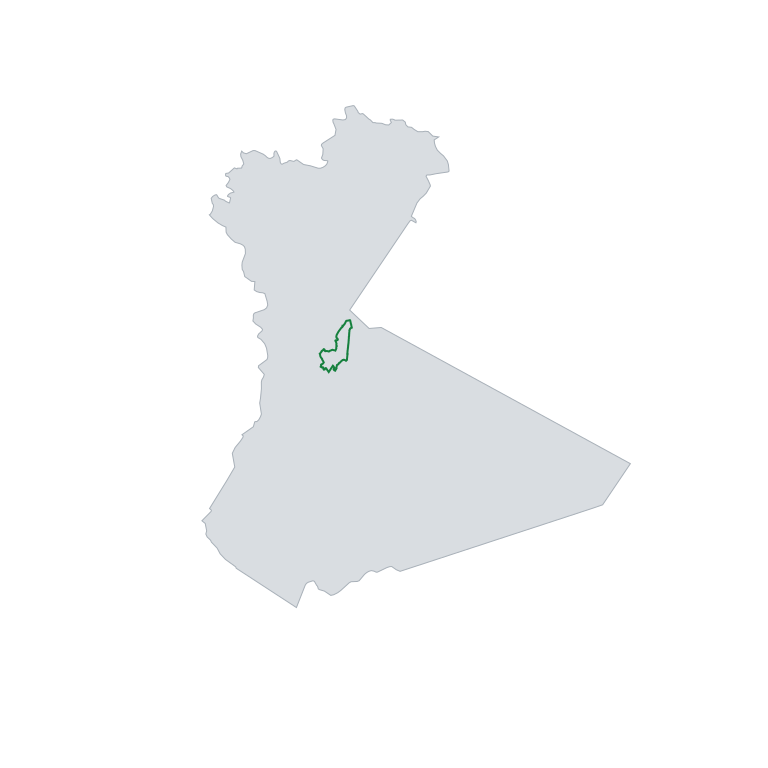 Niafunke, Timbuktu, Mali shown in context, rotated 124°
{"feature_id": "8926073B8185774675652", "entity_name": "Niafunke", "entity_type": "district", "adm_level": 2, "iso_a3": "MLI", "parent_name": "Mali", "parent_adm1": "Timbuktu", "projection": "natural_earth1", "projection_center": [-4.268, 15.872], "detail": "fine", "context": "in_parent", "style": "outline", "palette": "green", "viewbox_px": 768, "rotation_deg": 124, "n_neighbors": 0, "source": "geoboundaries", "source_scale": "gbopen_adm2", "svg_char_len": 8172}
<svg xmlns="http://www.w3.org/2000/svg" viewBox="0 0 768 768"><g transform="rotate(124 384 384)"><path d="M173.4,557.2L173.6,554.7L171.8,553.0L171.7,552.1L172.8,544.8L172.7,542.9L173.5,539.3L172.3,537.6L172.0,536.4L169.1,531.6L168.2,527.6L166.6,524.9L163.1,524.1L161.8,526.4L161.0,526.8L159.7,525.1L159.2,523.7L159.2,522.5L154.7,516.1L155.0,512.8L156.8,511.0L157.5,508.0L155.8,504.7L156.1,501.5L155.9,497.0L153.2,493.0L151.5,491.3L150.0,488.5L151.2,482.2L148.6,476.8L153.6,478.9L156.0,476.9L158.3,474.2L160.3,470.6L161.2,466.1L161.6,462.2L163.7,456.2L166.1,453.3L171.1,449.1L172.4,449.5L180.5,458.4L185.1,462.9L186.7,465.3L188.2,465.4L190.6,461.0L193.0,457.2L194.0,456.2L202.1,455.7L206.4,456.5L210.2,457.6L215.5,457.9L229.7,455.1L229.9,453.3L229.7,451.2L230.3,449.5L231.5,448.0L232.5,447.7L232.9,452.8L234.0,453.6L237.4,453.8L341.9,453.8L346.3,427.4L338.7,417.9L312.3,135.2L361.9,135.2L370.4,141.6L530.3,265.9L531.1,269.9L531.0,275.5L532.2,277.1L534.5,278.9L543.6,284.2L544.4,285.3L544.7,287.5L545.8,290.2L547.8,291.8L550.0,292.9L552.7,293.7L561.0,294.6L562.7,295.8L566.3,300.7L568.3,301.7L579.4,304.4L583.0,305.7L586.9,307.9L589.0,309.9L589.0,317.6L590.6,322.6L590.6,323.9L588.9,325.9L588.5,327.4L586.5,331.4L586.9,332.9L590.8,336.0L592.7,336.8L594.9,336.8L618.3,331.6L619.4,403.5L618.5,404.7L618.1,417.4L616.4,424.9L613.4,430.5L611.6,438.7L610.5,440.4L609.7,445.1L608.0,447.8L604.9,448.9L599.6,454.2L599.2,458.5L586.5,456.1L585.6,456.2L585.1,456.7L584.8,459.0L552.2,460.3L536.3,461.3L526.3,471.0L519.8,471.9L511.6,471.1L507.4,471.1L505.8,471.6L505.5,473.4L492.5,468.4L487.7,470.0L486.9,469.4L486.3,468.4L483.9,467.8L480.2,468.1L477.5,468.8L469.3,476.4L464.9,478.4L456.6,482.9L450.9,486.8L448.8,487.6L445.6,487.8L443.0,488.6L440.6,497.4L439.0,498.2L429.1,494.7L427.2,495.2L425.5,496.2L420.0,501.4L417.3,505.5L415.8,511.0L416.0,514.6L415.1,515.6L412.6,515.9L408.0,514.8L406.6,515.3L405.9,518.0L406.0,523.9L405.1,527.9L402.3,529.2L400.2,530.7L398.6,531.2L397.2,530.8L389.3,524.8L386.6,523.9L383.6,524.5L380.8,527.1L375.7,533.3L376.2,535.6L377.6,538.1L378.6,541.3L378.6,544.2L371.3,548.3L373.0,551.3L372.8,559.5L369.4,563.2L368.3,565.6L365.0,568.2L362.2,569.7L353.4,571.8L349.8,574.4L348.2,576.5L347.8,578.8L348.1,581.4L349.8,586.7L349.2,591.6L347.8,597.3L346.4,599.8L342.3,602.8L343.0,606.5L343.3,611.8L342.6,618.7L341.4,623.4L340.4,622.9L336.5,623.1L332.2,624.6L330.7,625.8L330.3,627.3L326.7,631.1L324.3,630.9L322.0,629.9L320.8,628.9L320.8,628.3L322.2,625.3L322.2,624.2L320.8,619.0L321.1,617.6L320.5,613.6L320.2,613.4L315.5,615.2L315.3,615.9L316.0,618.5L315.5,618.9L313.8,618.9L311.5,618.0L308.9,615.7L308.3,616.4L308.0,618.3L307.8,620.5L308.5,624.5L307.8,625.9L303.8,625.7L300.4,626.2L299.6,627.6L299.2,629.2L300.0,631.0L299.9,631.7L298.5,632.8L297.8,632.8L296.0,630.8L288.5,628.9L287.9,626.2L287.1,626.2L284.7,622.9L283.7,623.0L282.8,623.5L280.0,623.3L277.5,626.2L275.6,629.7L273.6,631.4L270.5,632.2L271.0,629.9L270.1,626.9L263.6,623.0L262.6,621.4L261.0,612.6L261.1,610.0L261.5,607.7L261.4,605.9L260.7,604.5L258.7,603.2L256.7,602.6L254.2,604.3L253.0,604.6L251.8,604.5L251.2,603.9L251.3,603.0L254.1,598.3L255.4,596.3L258.2,594.0L258.9,592.8L259.0,591.9L258.7,591.3L256.9,590.4L254.1,588.2L252.6,588.0L251.3,587.0L250.0,583.5L249.4,582.9L248.1,582.5L246.9,581.7L247.0,573.4L244.3,567.1L241.9,559.2L240.6,557.3L238.4,555.7L235.7,554.6L233.3,554.4L230.6,555.2L230.6,556.0L232.1,558.5L232.4,559.9L232.1,561.3L231.6,562.2L227.9,563.1L223.0,566.0L221.3,569.3L220.2,569.8L218.3,569.3L205.3,563.7L199.8,566.1L196.3,571.1L195.4,572.7L193.7,574.1L192.8,574.1L191.8,573.2L188.1,565.7L186.4,563.9L184.4,563.8L182.6,565.0L180.8,567.6L178.5,569.9L177.0,570.6L175.7,570.2L170.4,565.2L170.1,564.1L172.6,558.1L173.4,557.2Z" fill="#d9dde1" stroke="#a8b0b8" stroke-width="1"/><path d="M405.1,441.3L404.1,441.5L403.5,441.3L403.3,440.8L403.7,439.9L405.0,436.5L397.4,436.6L397.5,436.0L397.6,435.9L398.0,435.5L398.0,435.3L398.0,435.2L398.0,434.7L398.1,434.4L398.3,434.2L398.6,434.1L399.1,434.0L399.6,434.1L400.1,433.9L400.2,433.6L400.4,433.0L400.4,432.7L400.4,432.4L400.3,432.2L400.2,431.9L399.9,432.0L399.7,432.2L399.5,432.3L399.3,432.2L399.2,432.2L398.9,432.0L398.7,432.0L397.9,432.1L397.5,432.1L397.1,432.5L396.7,432.8L396.0,433.0L395.1,433.4L394.5,433.6L393.9,433.3L393.7,433.2L393.2,432.8L392.9,432.9L392.4,433.0L392.1,433.0L391.8,433.0L391.4,432.9L391.2,432.6L390.8,432.5L390.6,432.4L390.1,432.4L389.3,432.3L388.7,432.1L388.2,432.0L388.0,431.9L387.9,431.9L387.6,431.8L387.3,431.6L387.2,431.6L387.1,431.4L386.8,431.2L386.6,431.1L386.4,431.0L386.3,430.9L386.2,430.4L386.1,430.1L386.0,429.8L386.0,429.6L386.0,429.3L386.0,428.8L386.0,428.6L385.9,428.6L385.6,428.4L385.3,428.4L385.2,428.3L384.9,428.2L384.7,428.2L384.6,428.3L384.4,428.4L384.2,428.5L383.9,428.7L383.7,428.8L383.4,429.0L383.2,429.1L382.7,429.3L382.4,429.5L382.0,429.7L381.9,429.8L381.7,429.9L381.3,430.1L381.0,430.2L380.9,430.3L380.6,430.5L380.4,430.6L380.2,430.7L380.0,430.9L379.9,430.9L379.9,431.0L379.7,431.1L379.4,431.2L379.4,431.3L379.1,431.3L379.0,431.5L378.8,431.6L378.7,431.6L378.5,431.8L378.4,431.9L378.1,432.1L377.7,432.3L377.4,432.4L376.9,432.8L376.6,432.9L376.3,433.0L376.1,433.1L375.7,433.3L375.4,433.5L375.2,433.6L374.9,433.8L374.7,433.8L374.4,434.0L374.0,434.2L373.7,434.4L373.6,434.5L373.3,434.5L373.2,434.6L372.9,434.8L372.7,434.9L372.5,435.0L372.3,435.2L372.2,435.2L371.9,435.3L371.6,435.4L371.5,435.6L371.2,435.7L370.8,435.9L370.6,436.0L370.3,436.2L370.1,436.3L369.9,436.3L369.6,436.5L369.3,436.7L369.1,436.8L368.8,437.0L368.6,437.1L368.4,437.2L368.3,437.3L368.1,437.4L367.9,437.5L367.6,437.7L367.4,437.7L367.3,437.8L367.2,437.9L366.8,438.1L366.6,438.3L366.1,438.5L365.7,438.7L365.4,439.0L365.0,439.2L364.8,439.3L364.7,439.3L364.4,439.5L364.2,439.7L363.9,439.7L363.8,439.8L363.7,439.8L363.2,440.1L362.9,440.3L362.7,440.5L362.3,440.7L362.2,440.7L362.1,440.8L361.9,440.9L361.8,441.0L361.7,441.1L361.3,441.2L361.1,441.4L360.8,441.6L360.5,441.7L360.2,441.8L359.7,442.1L359.3,442.4L359.1,442.5L358.8,442.6L358.7,442.8L358.1,442.8L357.3,442.9L357.1,443.1L356.8,443.0L356.5,442.8L356.2,442.8L355.9,442.6L355.6,442.4L355.3,442.2L355.2,442.3L354.9,442.7L354.7,442.8L354.2,443.4L353.9,443.7L353.7,443.9L353.4,444.1L352.7,444.9L352.5,445.2L352.0,445.7L351.8,446.0L351.5,446.2L351.3,446.4L350.6,447.2L350.4,447.4L350.2,447.6L350.1,447.8L350.2,448.0L350.3,448.0L350.5,448.3L350.8,448.5L351.0,448.8L351.3,449.0L351.6,449.4L351.8,449.5L352.1,449.9L352.2,450.0L352.6,450.5L353.0,450.6L353.3,450.6L355.0,450.3L355.4,450.3L355.8,450.3L356.1,450.2L356.7,450.2L356.8,450.3L357.2,450.3L357.3,450.3L357.8,450.4L358.3,450.4L358.3,450.5L358.5,450.5L358.9,450.5L359.0,450.6L359.1,450.9L359.3,450.8L359.4,450.6L359.5,450.5L359.7,450.4L359.8,450.4L360.0,450.4L360.0,450.6L360.5,450.6L360.9,450.8L365.4,451.0L366.1,451.0L366.3,451.0L367.3,450.9L369.7,450.7L371.3,450.1L371.8,449.6L372.1,449.4L372.3,449.0L372.3,448.5L372.4,448.0L372.6,447.6L372.9,447.2L373.3,447.1L373.7,447.1L374.3,447.7L374.6,448.3L375.1,448.6L375.4,448.5L375.7,447.7L376.6,446.6L377.0,446.0L377.4,445.9L377.9,445.5L378.1,445.5L378.3,445.4L378.5,445.2L378.9,444.8L378.9,444.6L378.9,444.4L379.1,444.3L379.4,444.4L379.7,444.4L380.3,444.1L381.2,443.4L383.5,443.0L383.6,443.5L384.3,445.2L384.4,445.8L385.0,446.3L386.1,446.9L386.5,447.3L387.0,447.6L387.5,447.6L387.8,447.8L388.0,448.0L388.1,448.6L388.6,449.8L389.1,450.4L389.3,450.7L389.5,450.8L389.7,451.2L389.6,451.5L389.3,451.9L389.0,452.1L388.7,452.7L388.7,453.2L388.8,453.3L388.9,453.5L389.2,453.5L389.6,453.5L389.9,453.4L390.1,453.4L390.3,453.5L390.6,453.8L390.9,453.9L391.1,453.8L391.3,453.9L391.5,453.9L391.6,454.0L391.8,454.0L392.0,454.1L392.3,453.9L392.6,453.9L393.5,454.0L394.3,454.0L394.5,454.0L394.8,454.2L395.0,454.0L395.1,453.7L395.4,453.4L396.5,452.4L397.3,451.1L397.6,449.8L397.9,449.2L398.3,449.0L399.0,447.4L399.8,446.0L400.6,446.0L401.5,446.1L402.3,446.6L403.1,447.0L403.4,446.9L403.6,446.6L404.0,446.2L404.8,446.3L405.1,446.2L405.1,445.7L404.9,445.0L405.0,444.6L405.0,444.4L404.8,444.3L404.6,444.2L404.4,444.1L404.3,443.9L404.5,443.6L404.6,443.3L404.7,443.0L404.9,442.7L405.1,442.5L405.2,442.4L405.5,442.4L405.6,442.2L405.7,441.8L405.1,441.3Z" fill="none" stroke="#15803d" stroke-width="2"/></g></svg>